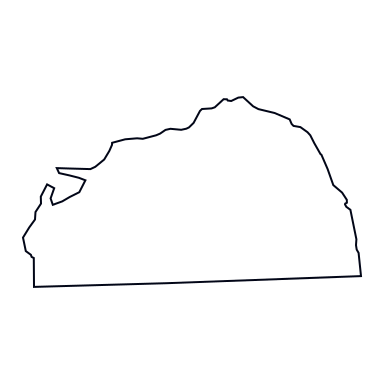 outline of Huron, Michigan, United States of America
{"feature_id": "52423323B37745159974829", "entity_name": "Huron", "entity_type": "district", "adm_level": 2, "iso_a3": "USA", "parent_name": "United States of America", "parent_adm1": "Michigan", "projection": "robinson", "projection_center": [-83.064, 43.869], "detail": "fine", "context": "isolated", "style": "outline", "palette": "ink", "viewbox_px": 384, "rotation_deg": 0, "n_neighbors": 0, "source": "geoboundaries", "source_scale": "gbopen_adm2", "svg_char_len": 1045}
<svg xmlns="http://www.w3.org/2000/svg" viewBox="0 0 384 384"><path d="M361.0,276.1L358.6,252.9L356.7,249.6L356.0,245.2L356.4,239.3L350.4,209.8L346.3,206.8L345.0,204.4L345.2,203.6L346.9,202.7L346.8,199.8L342.1,192.6L333.3,185.1L327.6,169.0L321.4,154.7L320.5,154.1L314.3,143.2L310.3,135.3L307.5,132.2L300.4,127.1L293.5,125.9L291.6,123.9L289.7,119.4L274.6,113.0L258.4,109.1L253.1,106.3L243.1,97.1L238.3,97.6L231.2,101.0L227.7,100.5L227.0,99.3L223.6,99.2L214.8,107.3L211.6,108.4L202.0,109.0L200.0,110.9L193.6,122.9L189.0,127.4L186.3,128.7L181.2,129.8L170.4,128.8L165.5,129.9L160.1,133.6L156.1,135.3L142.8,138.8L137.1,138.3L125.2,139.3L112.1,142.8L112.0,144.9L109.3,151.0L104.2,159.5L95.3,166.8L90.4,169.1L69.0,168.5L56.8,168.1L59.1,173.1L69.4,175.4L78.9,177.8L85.4,180.3L79.3,192.2L69.9,196.9L62.2,201.4L52.8,204.8L50.6,198.4L54.2,188.2L47.1,184.4L40.8,196.6L41.0,203.6L35.5,212.0L35.0,219.5L29.2,227.5L23.0,237.6L25.8,251.1L30.9,254.8L31.6,256.9L33.8,258.0L34.0,286.9L166.6,283.2L361.0,276.1Z" fill="none" stroke="#020617" stroke-width="2"/></svg>